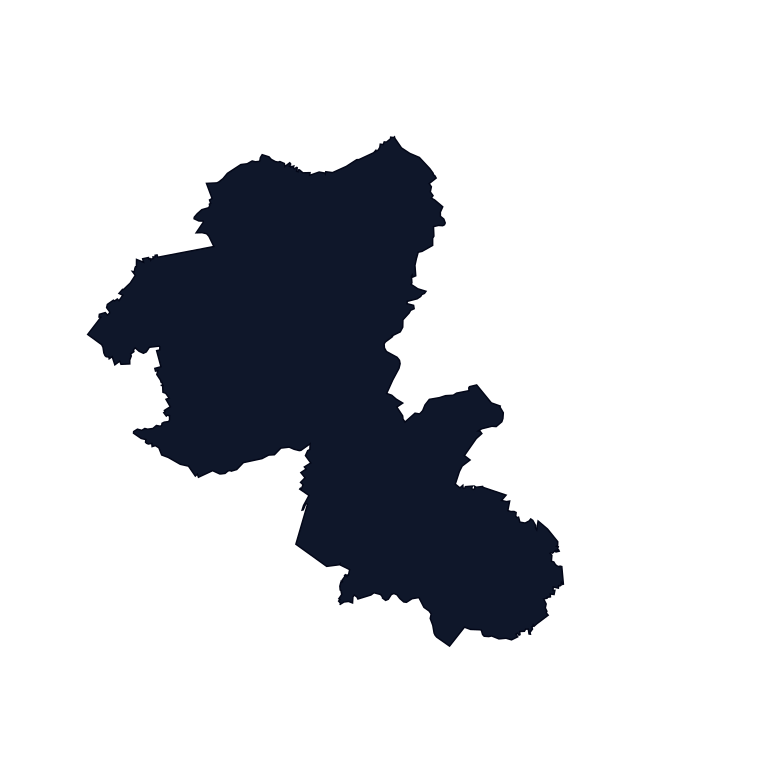 the district of Amatlán de los Reyes, Veracruz, Mexico, rotated 128°
{"feature_id": "50627088B96497314595086", "entity_name": "Amatlán de los Reyes", "entity_type": "district", "adm_level": 2, "iso_a3": "MEX", "parent_name": "Mexico", "parent_adm1": "Veracruz", "projection": "albers", "projection_center": [-96.873, 18.873], "detail": "fine", "context": "isolated", "style": "filled", "palette": "ink", "viewbox_px": 768, "rotation_deg": 128, "n_neighbors": 0, "source": "geoboundaries", "source_scale": "gbopen_adm2", "svg_char_len": 6159}
<svg xmlns="http://www.w3.org/2000/svg" viewBox="0 0 768 768"><g transform="rotate(128 384 384)"><path d="M482.4,116.6L479.0,116.0L465.1,112.3L464.5,115.3L462.8,115.7L461.2,119.0L457.5,120.8L455.1,125.9L452.4,123.6L451.6,124.1L449.3,121.8L447.1,123.7L445.2,120.4L441.4,122.3L442.6,123.7L439.8,125.7L437.5,120.9L435.4,122.3L434.8,121.1L433.6,120.6L431.1,122.1L431.9,119.8L431.3,119.4L418.4,131.5L419.1,133.1L419.8,132.7L420.8,135.4L420.8,137.7L419.7,140.6L420.6,143.0L415.7,146.2L415.2,148.9L414.1,148.7L413.5,147.1L409.8,146.5L410.5,145.1L407.9,143.0L407.2,144.4L408.3,145.2L404.8,146.6L405.7,148.2L403.9,148.1L401.3,150.0L397.6,165.9L397.1,178.2L404.9,173.9L404.1,176.1L402.1,177.6L399.9,182.7L400.0,185.3L402.6,185.3L406.7,187.2L409.2,191.9L406.1,196.0L407.4,197.0L407.1,198.8L403.9,200.8L404.4,203.1L406.4,205.5L407.5,208.5L398.9,212.9L401.3,215.1L403.4,219.7L396.4,219.4L404.5,242.4L404.0,243.2L408.5,247.7L408.8,249.5L410.6,248.0L412.3,248.8L412.4,251.1L409.8,251.2L414.8,256.7L416.0,256.2L417.1,256.8L417.2,257.8L415.3,259.5L419.1,260.2L419.0,266.2L406.6,270.7L400.5,271.9L390.9,269.4L390.9,276.6L370.2,277.7L362.8,276.4L362.0,279.5L362.9,280.8L359.1,279.4L350.9,273.0L348.5,269.4L341.2,267.9L337.9,269.1L333.2,272.3L330.8,278.4L329.8,278.8L332.8,287.8L327.7,310.4L333.5,315.0L334.9,314.8L336.9,312.9L346.5,321.2L350.2,322.5L355.3,328.3L360.6,331.9L368.2,338.8L375.2,338.8L381.2,337.1L384.0,337.3L385.7,337.6L387.9,341.6L401.0,344.0L400.0,347.4L397.6,349.7L394.3,359.7L387.5,357.5L388.4,365.0L388.1,371.0L389.8,376.1L375.4,379.6L362.5,381.8L358.1,383.8L355.8,386.4L354.9,390.1L356.9,402.1L355.3,405.9L352.3,408.6L350.0,408.8L341.5,406.5L341.3,407.4L332.9,403.3L327.7,404.2L321.8,408.6L312.6,407.9L309.6,408.4L306.1,406.6L303.8,409.1L306.5,415.3L304.6,416.6L296.4,410.3L292.3,409.0L290.3,409.3L287.7,407.9L285.1,408.0L288.2,416.1L288.8,424.1L287.1,424.3L282.0,428.9L280.5,429.0L281.9,427.1L279.2,425.6L271.4,432.7L264.5,436.0L265.1,436.8L264.1,436.1L259.1,438.2L256.1,435.7L244.8,431.0L239.2,435.4L236.8,435.7L229.5,441.9L225.5,438.7L223.1,435.2L221.3,434.4L219.4,434.9L217.2,438.4L217.1,442.8L213.9,445.4L208.2,446.8L207.8,457.5L208.4,461.2L205.4,461.3L204.1,465.8L199.4,468.1L198.3,471.8L189.6,469.7L188.6,472.1L188.6,474.4L187.7,474.9L186.1,480.5L183.7,495.6L186.4,505.7L187.2,515.6L183.7,526.8L182.8,527.9L183.9,528.2L185.4,530.7L186.7,529.8L191.9,531.0L193.1,532.9L195.8,532.0L197.3,534.6L200.1,533.0L203.1,532.6L205.7,533.5L205.0,534.3L208.1,534.5L222.6,541.9L224.0,543.6L235.8,547.7L249.1,554.7L252.6,560.6L254.4,559.8L254.1,560.3L256.9,565.6L265.4,571.1L263.0,572.4L267.5,577.9L267.3,582.4L267.9,583.2L269.6,582.4L270.2,583.9L267.0,585.5L267.0,586.1L269.6,587.2L269.4,588.6L267.8,589.3L270.4,591.0L269.8,591.3L270.6,592.5L268.1,593.0L267.7,594.5L273.7,596.0L271.6,598.3L272.8,603.0L274.3,604.0L275.6,606.5L276.4,611.2L275.8,614.5L278.3,621.2L281.7,620.8L284.7,619.2L285.6,619.6L288.1,622.2L289.4,625.2L294.7,627.4L299.2,631.9L314.4,637.1L321.3,637.3L326.9,638.7L328.6,639.7L335.2,647.4L343.6,633.7L346.4,634.8L348.3,631.8L349.8,632.3L350.5,631.3L352.9,630.6L358.8,634.9L364.8,636.0L369.4,636.2L370.7,635.4L369.5,630.2L367.0,626.9L367.5,626.0L380.5,625.1L376.7,620.5L374.8,616.3L375.4,612.9L380.4,602.7L423.4,640.3L422.0,642.3L423.5,643.6L424.5,642.5L426.2,644.3L427.1,642.9L428.9,644.4L430.0,644.1L429.2,645.5L430.2,646.3L429.3,647.4L433.9,651.3L436.1,648.4L438.2,655.7L444.0,651.3L444.6,652.0L446.0,651.6L449.3,649.9L450.2,651.6L451.5,646.9L460.7,646.1L470.1,647.5L470.4,648.3L475.8,648.6L474.8,644.5L481.5,644.1L481.2,646.5L484.5,647.4L484.5,648.8L491.6,651.0L494.6,649.6L495.9,645.0L496.9,643.9L500.0,644.4L499.3,647.6L504.3,651.2L506.7,649.8L505.8,648.2L527.4,648.0L526.8,630.7L528.1,628.0L532.0,623.9L533.4,621.3L533.5,619.7L532.1,617.3L533.3,616.1L529.8,615.0L534.6,607.9L528.7,606.3L530.4,603.4L524.7,596.7L521.7,599.1L517.5,600.4L516.4,602.1L512.5,601.0L511.3,602.5L508.7,602.3L509.0,597.2L507.9,592.5L505.1,591.1L499.5,591.5L492.5,584.4L492.8,583.4L495.3,581.7L497.7,583.7L507.7,570.4L512.8,574.2L514.5,572.0L512.7,570.3L516.4,568.9L518.5,562.6L519.9,560.6L519.4,560.0L521.2,557.3L522.5,559.2L521.6,557.4L526.6,553.1L525.7,550.3L527.4,544.6L530.3,546.4L533.5,538.4L540.0,540.8L540.6,539.4L542.2,539.9L543.3,535.8L541.7,535.5L541.4,533.7L540.4,533.9L544.5,530.8L546.2,530.6L549.4,533.7L551.6,534.7L553.4,533.7L555.0,534.2L556.8,537.8L561.3,538.7L565.2,542.5L566.3,545.1L569.6,546.3L571.4,550.5L575.6,552.0L577.0,551.1L576.4,541.8L574.4,537.4L576.7,536.1L576.9,534.7L576.4,532.8L573.8,530.4L576.1,528.2L573.3,526.2L572.9,522.1L576.8,515.5L574.7,508.9L572.7,495.1L569.1,487.5L572.7,476.0L569.9,475.6L571.7,472.8L557.8,465.7L556.0,458.1L555.1,457.0L552.3,454.2L548.6,453.4L546.9,452.0L546.7,450.7L542.1,447.4L532.5,446.4L517.9,434.2L511.0,431.1L507.2,426.8L498.0,425.8L492.1,419.8L490.8,414.7L488.6,409.7L487.4,408.6L476.5,405.4L481.3,402.1L483.5,403.1L488.8,401.8L491.3,393.1L498.4,395.7L499.0,393.0L505.0,395.0L506.5,388.5L512.9,389.2L513.2,385.8L517.7,384.5L517.6,385.7L518.7,385.7L518.0,374.5L529.3,372.6L533.8,370.9L532.9,370.2L526.2,372.0L525.9,370.2L564.5,354.8L563.0,316.9L554.1,308.1L552.8,307.9L553.6,307.4L551.4,296.8L556.7,294.2L557.2,295.5L558.5,294.8L558.1,297.0L559.2,297.2L559.8,296.4L564.6,296.2L565.2,295.2L565.9,296.2L566.3,295.4L567.1,295.8L570.5,294.3L573.3,291.7L573.2,290.8L575.9,287.7L581.0,287.4L580.8,286.0L583.0,286.1L583.6,282.8L585.2,283.1L580.4,281.3L577.2,278.1L575.9,274.0L571.0,277.4L568.6,277.5L568.5,274.2L569.5,272.2L558.3,264.4L554.7,263.4L552.0,257.1L552.7,254.2L553.6,253.4L553.5,249.5L551.0,248.1L545.3,248.6L543.0,247.2L542.1,244.1L543.3,239.5L543.6,234.3L542.2,231.9L535.9,229.7L530.8,225.0L535.4,215.0L535.1,208.8L536.2,205.2L540.3,203.2L544.1,197.0L549.4,191.2L550.5,189.0L551.0,186.6L550.2,171.0L526.1,170.9L524.1,164.7L518.4,156.8L518.1,155.7L520.7,152.1L521.1,149.8L518.5,145.9L516.3,144.1L514.1,136.5L509.2,131.3L507.1,126.0L500.9,123.0L499.9,126.0L498.2,125.4L498.8,123.0L497.8,122.5L495.5,124.7L492.4,121.1L490.0,121.5L488.3,119.4L491.7,115.8L491.0,114.6L489.8,116.0L485.7,116.1L484.2,118.0L483.2,117.4L482.0,118.0L482.4,116.6Z" fill="#0f172a" stroke="#020617" stroke-width="1.5"/></g></svg>